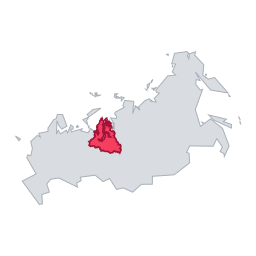 where Yamal-Nenets sits in Russia
{"feature_id": "RUS-2382", "entity_name": "Yamal-Nenets", "entity_type": "Autonomous Province", "adm_level": 1, "iso_a3": "RUS", "parent_name": "Russia", "parent_adm1": "", "projection": "albers", "projection_center": [74.427, 67.879], "detail": "fine", "context": "in_parent", "style": "filled", "palette": "rose", "viewbox_px": 256, "rotation_deg": 0, "n_neighbors": 0, "source": "natural_earth", "source_scale": "10m", "svg_char_len": 9244}
<svg xmlns="http://www.w3.org/2000/svg" viewBox="0 0 256 256"><path d="M229.1,145.9L224.3,156.5L224.0,153.7L220.1,151.5L222.4,147.0L216.7,138.7L213.2,146.2L189.7,145.9L186.5,152.3L189.0,153.3L189.7,162.8L174.1,174.8L152.4,176.3L152.3,184.2L141.3,184.3L132.6,192.2L123.3,187.9L116.5,189.4L109.6,178.5L103.1,181.6L95.1,175.2L80.3,177.2L81.2,180.6L76.6,183.0L77.5,187.1L58.8,178.0L50.8,179.2L46.8,183.9L49.3,192.1L41.8,194.5L42.5,203.8L39.3,204.4L22.3,181.1L36.1,174.0L26.8,157.7L27.8,154.9L30.8,155.7L32.4,148.4L30.7,141.6L37.5,135.3L40.4,137.2L38.8,133.3L48.0,131.4L48.0,128.0L53.7,119.7L56.2,118.6L57.4,114.4L62.6,114.5L66.9,126.2L61.7,129.1L58.3,124.8L57.8,122.3L56.9,121.3L56.4,134.2L58.2,130.2L60.4,133.9L66.3,130.2L67.6,132.8L70.8,124.9L73.2,126.8L73.1,129.1L70.6,129.3L71.5,131.9L82.1,128.8L80.8,130.8L88.1,132.7L90.5,128.4L98.2,134.4L97.1,125.6L102.3,120.2L103.5,121.0L102.5,124.8L104.1,134.3L101.5,139.9L98.3,139.4L102.1,141.3L105.9,133.1L107.4,132.7L108.3,136.5L110.5,137.0L108.7,132.9L104.3,132.0L105.0,127.7L103.7,124.9L105.4,120.6L106.4,125.5L109.1,126.4L109.8,126.3L106.6,123.4L108.9,121.8L113.7,123.5L113.2,127.1L114.3,128.6L114.1,123.5L110.6,117.9L116.3,118.6L116.6,116.2L114.6,114.0L115.3,112.1L124.3,107.3L122.9,105.5L124.7,100.4L133.8,101.4L132.7,113.7L134.7,108.0L136.9,106.9L139.0,109.6L139.4,109.9L139.8,109.8L138.3,107.2L144.9,100.6L149.2,98.8L151.8,100.7L150.0,101.2L156.2,102.0L154.2,98.5L159.3,93.1L156.6,92.5L155.8,90.2L167.7,75.9L175.6,75.1L172.3,71.9L175.7,64.0L171.7,63.9L174.6,53.3L187.0,51.6L188.7,53.4L187.4,55.8L188.8,58.8L189.4,53.7L195.7,51.8L194.6,55.0L203.8,64.8L202.8,75.3L208.4,79.1L214.5,77.5L228.1,93.0L210.5,90.0L195.3,71.9L200.0,80.5L196.1,79.6L195.8,84.5L200.3,90.1L202.6,89.3L195.3,109.5L200.4,126.4L210.5,118.9L222.5,128.4L229.1,145.9ZM101.0,108.2L89.1,116.7L87.0,114.6L93.0,109.5L101.0,108.2ZM208.7,115.0L226.4,119.2L223.4,121.6L231.6,124.5L231.3,128.1L213.6,119.9L208.7,115.0ZM82.8,119.7L88.8,117.0L86.6,120.5L87.7,124.8L82.8,119.7ZM147.5,89.3L147.1,84.9L150.1,83.0L147.5,89.3ZM116.6,96.0L120.6,98.2L116.1,98.1L116.6,96.0ZM114.9,93.7L117.5,93.8L114.5,95.9L114.9,93.7ZM121.1,96.7L124.2,97.7L121.4,100.9L121.1,96.7ZM151.4,82.9L151.4,80.9L152.9,79.4L151.4,82.9ZM15.4,136.0L20.4,139.0L19.0,140.7L15.4,136.0ZM91.5,93.9L93.0,94.0L90.0,93.9L91.5,93.9ZM153.2,88.6L156.0,87.5L153.8,90.3L153.2,88.6ZM78.6,126.9L76.7,127.6L76.4,126.4L77.7,125.4L78.6,126.9ZM94.3,94.0L95.7,93.9L96.2,94.7L94.3,94.0ZM98.5,95.1L97.7,96.2L96.8,95.5L97.3,94.8L98.5,95.1ZM99.8,95.6L98.7,95.2L100.3,95.1L99.8,95.6ZM89.0,126.0L89.1,128.5L88.2,126.5L89.0,126.0ZM116.1,96.8L115.4,97.7L114.6,97.0L116.1,96.8ZM95.5,92.9L97.1,93.0L96.3,93.7L95.5,92.9ZM168.3,54.1L168.1,55.5L166.6,54.3L168.3,54.1ZM90.6,92.7L91.4,93.5L89.5,92.7L90.6,92.7ZM102.5,119.4L100.9,119.6L102.5,119.2L102.5,119.4ZM135.1,105.7L136.4,106.5L135.0,106.5L135.1,105.7ZM172.4,65.1L173.0,66.3L172.4,66.9L172.4,65.1ZM96.2,96.1L95.5,95.5L96.7,96.2L96.2,96.1ZM96.6,93.8L96.8,94.7L96.1,94.0L96.6,93.8ZM238.4,116.6L239.3,117.6L240.2,119.9L238.4,116.6ZM94.9,95.7L95.2,96.6L94.5,96.3L94.9,95.7ZM108.8,121.5L107.7,122.2L107.4,122.1L108.8,121.5ZM206.5,74.3L205.9,75.7L205.4,74.3L206.5,74.3ZM152.1,88.1L152.8,89.0L151.9,88.8L152.1,88.1ZM201.8,122.1L203.4,122.8L202.6,123.3L201.8,122.1ZM228.4,94.4L230.2,96.4L229.4,96.6L228.4,94.4ZM93.7,95.5L92.9,95.6L92.8,95.2L93.7,95.5ZM109.4,119.5L109.2,120.6L109.0,120.3L109.4,119.5ZM146.4,89.3L146.7,90.2L145.6,89.2L146.4,89.3ZM240.3,123.7L239.8,120.6L240.6,123.9L240.3,123.7Z" fill="#d9dde1" stroke="#a8b0b8" stroke-width="1"/><path d="M94.6,131.0L96.7,132.6L96.6,132.8L96.8,133.1L97.8,134.1L97.9,134.4L97.8,134.7L97.9,134.9L98.3,134.5L98.2,134.3L99.0,132.8L98.8,132.7L99.2,132.5L98.6,132.6L98.3,132.4L97.9,131.3L98.1,130.6L97.8,130.7L97.0,130.0L96.8,130.1L96.8,130.5L96.7,130.3L96.7,129.7L96.9,129.0L97.2,129.1L97.4,128.7L97.2,128.3L97.5,127.8L97.5,127.4L97.7,126.7L97.5,126.4L97.0,126.6L97.0,126.2L97.4,125.6L97.1,125.8L97.1,125.6L97.5,124.9L98.2,124.6L99.0,123.9L99.4,122.8L99.8,121.4L100.0,120.9L99.9,120.7L100.4,120.0L100.8,120.0L100.6,120.2L102.4,120.2L102.8,120.5L102.6,120.6L102.9,120.5L103.6,120.9L103.5,121.1L103.5,121.3L103.6,121.5L103.5,121.8L103.6,122.3L103.2,123.4L103.0,123.6L103.0,124.1L102.4,124.8L102.7,125.4L103.2,125.9L103.2,126.3L103.4,126.8L103.2,127.5L103.3,128.1L102.9,128.6L103.1,129.0L103.0,129.3L103.2,130.0L102.9,130.6L103.1,131.2L102.9,131.3L103.1,131.7L102.9,132.1L103.0,132.8L104.0,134.0L104.2,134.4L103.5,135.1L103.5,135.5L103.6,136.0L103.6,136.3L103.4,136.4L103.5,136.8L102.8,137.0L102.6,137.5L102.6,137.9L102.2,138.0L102.4,138.5L102.3,138.3L102.0,138.5L102.1,138.8L101.7,139.2L101.2,139.1L101.5,139.3L101.5,140.0L101.0,140.0L100.4,140.4L99.9,140.0L100.4,139.8L100.5,139.6L99.9,139.9L99.4,139.2L99.1,139.5L98.8,139.3L98.3,139.3L98.4,139.5L98.4,139.9L99.9,141.0L101.3,141.0L102.0,141.4L102.4,141.2L102.5,140.5L102.4,140.5L104.3,139.1L104.4,138.8L104.4,138.1L105.4,136.8L105.5,136.0L105.4,135.4L105.0,134.6L105.1,134.2L105.0,133.9L105.1,133.6L107.0,132.7L107.5,132.7L107.6,133.1L107.6,133.4L108.4,134.1L108.3,134.3L108.4,134.6L108.3,134.8L108.5,135.0L108.3,135.8L108.5,136.1L108.2,136.3L108.3,136.5L109.0,137.0L110.6,137.0L110.3,136.8L110.0,136.9L109.9,136.9L110.1,136.7L109.9,136.6L109.8,136.8L109.2,136.7L109.3,136.6L109.1,136.4L108.7,136.5L108.7,136.1L108.8,135.9L108.7,135.8L108.7,135.3L109.4,134.8L109.2,134.5L109.1,134.1L108.9,134.1L108.7,132.9L106.9,131.9L106.3,131.8L105.8,132.3L105.5,132.4L104.9,132.2L104.5,132.4L104.3,132.2L104.5,131.3L104.1,130.3L104.4,129.2L104.9,127.9L104.9,127.4L104.5,126.8L104.5,126.4L104.2,125.5L103.6,125.0L104.1,124.2L104.2,123.7L105.6,122.7L105.7,122.1L105.7,121.3L105.4,120.6L105.6,120.4L106.1,120.8L105.9,121.0L106.3,121.3L106.1,121.6L106.3,122.2L106.1,122.7L106.1,123.2L105.9,123.3L105.9,123.9L106.1,124.2L106.0,124.4L106.2,124.6L105.9,124.9L105.9,125.2L106.8,125.7L107.6,125.7L107.6,126.1L107.7,125.7L108.5,125.8L108.7,126.3L109.2,126.5L109.8,126.3L109.9,126.1L109.2,126.5L109.3,125.9L109.0,125.9L109.0,125.4L108.6,125.4L108.7,125.0L108.4,125.4L108.1,125.2L108.2,125.3L106.9,124.5L106.6,123.4L107.5,123.0L108.2,123.6L108.7,123.4L108.8,123.1L108.5,122.7L107.9,122.8L108.0,122.4L108.2,122.5L108.6,121.8L109.0,121.8L108.9,121.9L109.1,122.2L109.1,122.4L109.4,122.6L110.2,122.8L110.9,123.2L110.6,123.5L110.7,124.0L110.0,124.2L110.0,124.6L109.8,124.8L109.9,125.1L110.7,125.7L111.3,125.8L111.4,126.5L111.6,126.6L111.5,126.9L111.7,127.1L111.6,127.6L111.8,127.8L111.1,127.8L110.7,128.4L110.5,128.9L110.3,128.8L110.4,129.1L109.9,129.7L110.2,130.1L110.1,130.3L110.6,130.4L111.1,131.3L112.1,131.3L112.4,131.6L113.0,131.3L113.1,130.8L113.4,131.1L113.2,131.4L113.4,131.6L114.1,131.6L114.0,132.0L114.3,132.6L114.9,133.0L114.3,133.4L114.6,133.7L114.7,134.3L114.6,134.7L114.4,134.7L114.4,135.4L113.7,135.6L114.2,136.2L114.2,136.4L114.3,136.5L114.6,136.7L114.5,137.1L114.7,137.4L114.4,137.7L115.9,138.8L116.1,139.3L115.9,139.5L116.0,140.0L116.6,140.7L116.4,141.2L116.8,141.6L116.8,141.9L117.5,141.9L117.9,142.2L117.8,142.5L118.2,142.7L118.4,143.3L118.2,144.0L118.3,144.3L118.2,144.6L119.1,144.4L119.1,144.7L119.5,144.9L120.0,144.6L120.4,144.6L120.4,145.1L120.6,145.2L120.5,145.6L120.9,146.2L120.9,146.9L120.4,147.3L120.2,148.3L119.9,148.6L120.3,148.7L120.6,149.2L120.9,149.1L120.8,149.8L121.0,150.0L121.0,150.5L120.6,151.0L119.8,153.1L119.4,152.5L119.1,152.5L118.7,152.0L118.0,152.5L117.1,151.9L117.1,151.7L116.2,151.6L115.7,152.0L115.0,151.7L114.6,150.8L113.9,151.0L113.0,152.0L112.9,152.6L111.4,152.7L110.3,153.2L109.0,152.3L108.8,151.7L108.3,151.5L107.8,151.8L107.1,151.3L105.2,151.5L104.8,151.1L103.6,151.0L103.2,150.3L102.5,150.8L101.8,150.7L101.6,151.0L101.0,151.0L101.0,149.7L100.8,149.4L100.1,149.4L99.8,148.7L99.7,148.3L100.0,148.0L100.0,147.8L99.4,147.2L99.0,147.3L98.0,146.7L97.5,146.8L97.6,147.2L97.4,147.5L96.8,147.2L95.9,147.9L94.6,147.2L94.6,146.8L94.9,146.4L94.6,146.1L92.8,145.8L92.5,146.2L91.7,146.1L90.3,146.4L90.0,146.1L90.2,145.7L89.9,145.5L89.4,145.6L89.0,145.2L89.5,144.7L89.5,144.4L89.4,144.2L89.7,143.7L89.8,143.0L89.4,142.7L89.3,141.8L89.0,141.5L90.2,141.2L90.3,140.6L90.7,140.1L91.0,140.2L91.0,139.9L91.3,139.4L93.6,138.5L93.6,138.0L93.8,137.9L93.8,137.7L95.0,136.8L95.0,136.5L94.7,136.5L94.8,136.2L95.2,136.2L95.1,135.8L95.2,135.4L94.4,135.3L94.3,135.0L94.4,134.3L95.0,133.4L94.7,133.0L94.7,132.5L93.9,132.1L93.9,131.7L94.6,131.0ZM102.5,119.2L102.6,119.8L102.3,119.4L100.9,119.7L101.1,119.1L101.0,118.6L101.5,118.3L102.2,118.5L102.0,118.9L101.9,119.1L102.2,119.1L102.3,118.8L102.5,119.2ZM108.1,121.1L108.8,121.5L108.3,122.1L107.4,122.1L108.1,121.1ZM99.7,140.2L99.3,140.5L98.9,140.1L98.8,139.5L98.5,139.4L99.6,139.7L99.6,140.0L99.7,140.2ZM104.9,119.6L105.4,119.7L105.6,119.8L105.3,119.8L105.3,120.5L104.8,119.9L104.9,119.6ZM106.5,118.2L106.4,118.5L106.0,118.6L106.1,118.4L105.9,118.7L106.1,118.3L106.5,118.2ZM97.3,130.4L97.1,130.8L96.9,130.7L97.1,130.4L97.3,130.4ZM107.1,119.4L107.1,119.6L106.6,119.3L107.1,119.4ZM96.8,127.3L96.7,127.0L96.8,126.4L96.8,126.6L96.8,127.3ZM102.2,118.6L102.3,118.9L102.1,119.0L102.2,118.6ZM106.7,118.2L107.2,118.6L106.5,118.3L106.7,118.2ZM96.8,130.8L97.2,130.8L97.0,131.0L96.8,130.8ZM97.0,125.8L96.9,126.4L97.0,125.8ZM96.9,127.3L97.1,127.8L97.0,127.7L96.8,127.5L96.9,127.3Z" fill="#f43f5e" stroke="#9f1239" stroke-width="1.5"/></svg>